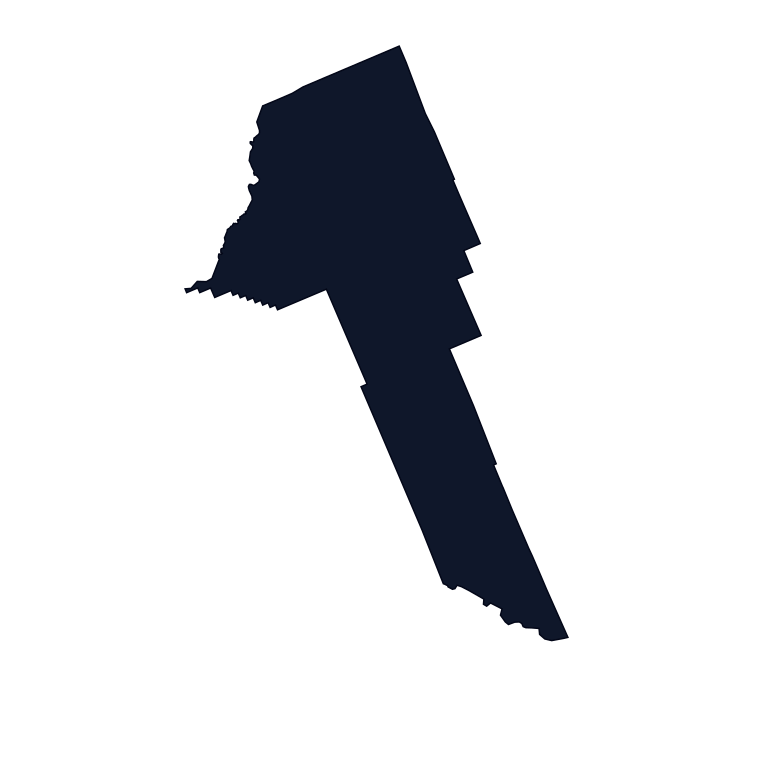 outline of Gallatin, Montana, United States of America, rotated 337°
{"feature_id": "52423323B38273154408522", "entity_name": "Gallatin", "entity_type": "district", "adm_level": 2, "iso_a3": "USA", "parent_name": "United States of America", "parent_adm1": "Montana", "projection": "robinson", "projection_center": [-111.391, 45.336], "detail": "fine", "context": "isolated", "style": "filled", "palette": "ink", "viewbox_px": 768, "rotation_deg": 337, "n_neighbors": 0, "source": "geoboundaries", "source_scale": "gbopen_adm2", "svg_char_len": 2537}
<svg xmlns="http://www.w3.org/2000/svg" viewBox="0 0 768 768"><g transform="rotate(337 384 384)"><path d="M530.0,78.9L470.2,78.9L450.6,78.9L425.6,78.9L413.1,80.6L392.7,80.7L381.0,80.6L369.3,93.1L368.5,101.9L367.5,104.2L366.8,104.7L366.3,105.2L365.2,105.5L364.4,105.7L363.4,106.0L362.6,106.3L362.3,106.7L361.9,106.7L361.2,106.6L360.4,106.9L359.4,108.6L359.2,109.5L358.7,109.9L358.5,110.3L357.9,110.1L357.2,109.6L356.7,109.3L356.2,108.9L355.5,108.8L355.3,109.1L354.9,110.4L356.3,113.6L355.2,115.8L351.8,118.1L349.5,122.0L347.2,125.7L347.4,129.1L347.2,131.8L347.4,135.3L347.7,137.2L346.5,138.9L346.3,141.0L348.0,141.8L349.5,146.7L347.9,149.0L345.3,149.7L342.7,150.3L341.3,150.1L339.5,148.2L338.1,147.7L336.4,149.1L336.0,150.5L335.6,153.4L335.7,155.9L335.8,159.5L334.6,163.2L332.2,165.1L330.0,167.0L327.8,168.6L326.7,170.3L325.4,171.1L323.6,171.4L323.6,172.6L323.8,173.2L323.0,173.5L322.5,173.1L321.5,172.8L321.0,173.3L319.8,173.3L317.7,173.9L316.7,173.9L316.1,175.1L316.1,176.1L314.5,176.6L314.3,175.9L313.7,175.7L313.0,176.2L313.1,176.9L312.9,178.3L312.1,179.1L311.0,179.0L310.3,178.2L309.0,178.0L308.4,177.4L307.2,178.1L306.5,179.1L304.6,179.1L303.0,180.1L300.2,180.6L299.0,182.5L297.3,184.1L295.9,185.6L294.3,187.1L293.9,189.1L293.3,191.3L291.8,192.6L290.3,193.7L290.2,194.7L289.6,195.6L289.5,196.2L288.7,196.1L287.1,195.9L286.3,196.6L285.3,199.1L285.8,199.8L286.2,200.6L285.0,201.1L284.3,200.7L284.0,200.3L282.7,199.9L282.1,200.8L281.2,202.4L281.0,203.5L281.0,205.2L279.9,206.1L279.7,206.3L266.9,219.6L260.5,220.4L252.2,216.6L243.8,220.6L238.1,218.7L238.0,222.8L250.1,222.8L250.1,227.9L261.9,227.9L262.0,238.2L279.7,238.2L279.7,243.4L285.4,243.4L285.4,248.5L291.3,248.5L291.3,253.6L297.3,253.6L297.3,258.9L303.2,258.8L303.2,264.0L309.1,263.9L309.1,269.0L315.0,268.9L315.0,274.1L368.0,274.2L368.4,377.5L361.8,377.5L362.0,533.5L360.6,591.1L361.3,591.6L363.8,594.5L363.7,595.8L366.8,599.7L369.3,600.1L372.6,597.8L376.1,600.8L381.2,606.9L391.9,621.0L389.5,625.6L391.7,628.6L396.5,627.2L404.8,637.1L400.9,642.3L402.7,650.4L404.6,654.0L411.3,654.3L415.6,655.9L417.3,658.3L417.3,661.7L419.3,663.7L424.7,666.2L431.2,669.6L429.4,675.3L432.4,681.5L438.1,685.7L449.8,688.3L454.3,689.1L453.4,636.5L453.4,621.7L453.3,600.4L453.0,591.6L452.8,549.7L453.1,525.6L453.0,524.8L453.2,501.3L456.1,501.3L457.9,439.2L457.9,377.2L492.4,377.2L491.9,315.7L509.4,315.7L509.6,292.4L527.5,292.3L527.5,284.3L527.2,252.9L527.1,238.4L527.1,223.0L528.8,223.0L528.9,171.6L527.7,151.2L530.0,96.9L530.0,78.9Z" fill="#0f172a" stroke="#020617" stroke-width="1.5"/></g></svg>